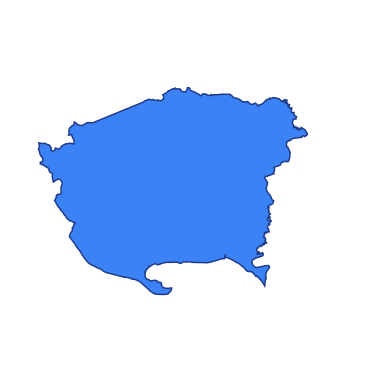 the district of Tubará, Atlántico, Colombia, rotated 242°
{"feature_id": "7082276B89966786375861", "entity_name": "Tubará", "entity_type": "district", "adm_level": 2, "iso_a3": "COL", "parent_name": "Colombia", "parent_adm1": "Atlántico", "projection": "orthographic", "projection_center": [-75.005, 10.899], "detail": "fine", "context": "isolated", "style": "filled", "palette": "blue", "viewbox_px": 384, "rotation_deg": 242, "n_neighbors": 0, "source": "geoboundaries", "source_scale": "gbopen_adm2", "svg_char_len": 6042}
<svg xmlns="http://www.w3.org/2000/svg" viewBox="0 0 384 384"><g transform="rotate(242 192 192)"><path d="M269.1,254.6L268.9,252.8L270.2,251.2L271.9,250.4L272.4,249.0L273.0,248.7L273.5,247.9L273.5,246.7L272.8,245.6L272.9,244.7L275.5,243.7L276.9,242.4L278.8,241.4L281.9,238.6L282.7,238.3L284.2,238.7L285.3,238.4L286.3,236.9L284.0,234.8L283.6,233.1L285.5,230.1L288.4,230.0L289.1,229.2L288.4,229.7L288.1,229.3L289.8,228.0L290.8,225.7L291.5,226.0L291.8,225.4L291.6,224.5L292.1,223.3L292.3,221.9L292.0,219.8L292.5,218.7L291.4,215.9L291.8,214.1L291.4,212.9L291.5,211.8L291.0,212.0L288.5,211.4L287.5,209.8L287.2,207.4L287.3,206.8L289.2,205.3L289.7,203.1L292.0,201.0L292.4,199.2L293.9,197.9L294.1,197.3L294.6,193.3L294.3,190.8L299.7,136.8L302.4,132.4L302.3,125.9L304.9,122.9L309.0,121.1L306.6,118.6L306.7,116.6L305.9,114.1L304.5,112.5L301.4,110.9L300.2,109.7L299.1,112.6L296.8,112.1L293.3,112.1L292.2,111.7L289.8,110.1L291.2,108.8L292.5,106.7L293.8,102.6L293.8,98.8L292.3,95.4L292.6,94.3L294.9,92.0L293.9,91.2L293.4,90.3L293.3,89.0L293.7,88.0L294.3,87.1L297.3,88.4L300.2,88.2L301.9,86.5L303.8,85.2L305.1,82.6L307.3,79.8L303.8,78.7L302.5,77.1L301.5,76.5L298.9,76.3L298.1,75.8L297.1,75.6L294.3,75.6L292.3,76.2L291.2,75.8L289.1,74.4L289.0,73.4L289.5,72.1L287.9,71.2L286.7,72.6L280.2,76.5L278.0,75.9L276.7,75.8L275.5,76.2L274.1,77.4L273.5,77.4L271.2,75.8L265.9,74.3L266.4,78.9L265.6,80.9L264.9,81.5L263.9,81.7L260.9,81.8L259.2,80.3L258.1,78.9L252.7,75.9L251.7,75.0L252.9,72.4L252.8,70.9L252.3,70.3L251.5,70.2L248.9,66.7L244.0,67.0L242.9,66.6L238.5,67.9L238.3,67.4L234.3,68.5L231.5,68.5L230.1,69.1L228.8,69.0L226.5,69.5L224.1,70.4L222.3,72.3L219.4,73.8L219.0,74.9L218.9,73.0L218.1,71.8L217.4,71.5L216.7,69.8L216.2,69.2L214.9,68.9L214.1,68.1L212.9,65.6L210.2,62.8L201.1,64.2L197.3,64.4L192.0,65.4L187.0,65.6L183.4,66.1L178.1,67.2L175.7,68.4L171.4,71.7L169.2,73.0L167.2,75.0L163.2,76.9L161.2,78.4L148.5,92.3L146.1,95.9L143.0,98.4L141.7,100.5L139.9,101.9L137.0,104.0L125.7,108.2L124.7,108.3L120.1,110.7L118.1,113.1L114.8,118.9L113.3,122.7L114.6,127.0L115.7,128.3L116.9,128.9L117.9,126.1L119.7,123.0L122.2,121.3L123.7,121.1L125.5,122.2L126.8,122.0L128.5,119.5L129.5,119.5L130.4,119.1L130.8,118.2L131.5,117.9L133.0,113.5L133.8,112.9L134.9,112.8L136.0,111.3L137.5,110.8L139.7,111.0L142.7,112.8L143.5,112.7L143.2,113.3L144.6,115.0L145.1,115.1L144.9,115.8L145.8,118.3L146.7,118.7L145.9,119.1L146.3,122.2L146.3,124.7L145.6,126.2L143.7,127.6L142.9,133.1L141.8,136.6L136.8,146.2L134.7,147.7L134.2,149.4L134.3,151.8L132.9,153.8L132.1,156.2L129.3,160.0L122.2,172.6L120.3,180.2L119.1,187.1L117.9,189.0L120.9,191.9L120.0,191.5L120.2,192.0L119.2,191.0L119.8,191.2L119.1,190.4L118.5,190.3L117.5,192.1L116.4,193.3L112.1,196.4L109.5,197.7L107.1,199.7L100.4,202.5L97.2,203.1L96.1,203.6L94.7,205.3L94.5,206.3L94.1,206.5L94.2,206.9L93.1,207.3L93.0,207.8L91.8,207.8L91.5,208.1L87.5,208.8L87.1,209.3L87.4,209.9L81.9,211.4L81.8,211.7L75.0,212.1L79.3,215.0L80.6,216.6L81.1,217.0L81.4,216.6L84.9,218.7L87.3,221.2L88.4,224.2L89.4,225.4L91.3,225.0L92.7,221.3L94.6,214.3L96.2,212.4L97.9,211.6L100.1,211.5L102.0,212.0L103.3,213.0L103.7,215.0L103.7,217.4L102.5,224.1L102.7,225.0L103.2,225.3L103.5,225.0L104.3,225.9L105.2,225.9L105.3,223.3L106.5,220.3L107.2,220.8L106.9,223.2L107.5,223.1L108.8,221.8L110.5,221.8L111.7,222.5L111.9,223.2L111.5,224.0L112.6,225.6L112.3,226.6L111.5,227.3L112.2,227.9L111.8,229.3L113.2,230.0L113.1,230.8L111.9,230.6L111.7,230.9L112.5,232.1L111.9,233.3L112.1,234.0L112.9,234.0L113.1,233.6L112.9,233.0L113.4,232.8L114.8,233.7L115.3,234.6L116.1,234.9L116.7,234.9L118.2,234.1L118.3,234.9L118.9,234.5L119.5,234.7L120.9,236.8L121.6,236.7L122.2,237.1L120.8,238.8L120.9,239.2L121.5,239.2L121.6,239.7L120.7,241.5L122.0,241.5L123.2,242.3L124.5,241.9L125.7,241.9L126.4,243.0L126.8,245.3L127.0,245.5L127.9,244.9L128.9,247.9L129.5,248.4L130.9,247.9L130.6,246.1L131.3,245.5L132.4,245.8L132.9,246.6L132.9,247.8L132.4,248.7L133.6,249.1L134.2,248.6L134.2,247.7L135.3,248.9L135.6,250.3L136.1,250.9L137.0,249.9L137.5,249.8L138.6,251.0L141.6,251.4L141.7,252.7L143.0,252.6L143.0,252.2L143.4,252.0L143.7,253.1L143.8,257.8L145.9,260.0L147.4,259.1L152.8,259.5L154.9,258.7L158.9,258.6L161.5,260.1L163.5,262.2L165.1,263.2L170.0,262.7L171.5,263.9L171.3,264.6L170.6,265.3L170.6,267.1L169.6,273.0L171.1,273.1L171.9,274.7L172.5,275.2L174.2,275.9L175.4,275.8L174.3,281.8L174.5,282.8L175.7,284.1L176.0,285.4L175.2,288.9L173.7,290.9L174.1,292.0L176.1,294.1L180.8,297.2L186.8,297.6L187.5,296.7L189.6,297.7L192.0,299.6L191.8,300.8L192.1,301.8L191.4,302.2L191.9,305.1L191.8,306.5L188.8,314.9L189.5,316.0L189.4,316.8L187.9,317.6L188.3,318.3L188.2,320.1L188.8,320.9L189.4,321.2L194.0,321.0L195.4,320.1L195.7,319.5L197.7,318.9L197.8,318.6L196.9,318.0L197.4,317.4L197.3,317.0L196.3,316.7L196.5,315.5L197.1,315.2L198.1,315.8L199.3,315.7L199.2,314.4L198.5,314.5L198.4,314.0L199.1,313.9L201.0,314.3L200.9,313.1L201.2,312.1L202.9,313.1L203.6,313.1L204.6,312.6L205.7,313.2L206.6,313.3L208.4,315.6L208.3,316.7L207.7,318.0L208.4,318.4L208.9,319.5L209.9,319.5L211.6,318.3L213.7,318.7L214.3,319.3L214.8,317.7L216.5,317.4L217.3,318.3L218.4,318.7L219.3,319.6L219.6,319.3L219.1,319.1L219.6,317.6L222.0,317.8L222.6,317.4L222.2,317.1L222.5,316.8L223.1,317.3L222.9,318.0L222.4,318.2L223.4,319.1L223.7,318.8L223.6,317.5L224.7,317.9L225.7,317.6L226.2,316.4L226.8,316.7L227.2,316.6L227.3,317.0L226.5,317.6L226.8,318.0L227.5,318.2L228.2,318.9L228.7,318.9L229.2,318.0L229.3,316.5L230.0,317.1L230.2,316.9L229.6,315.6L228.7,316.1L228.8,314.8L230.0,314.4L230.0,313.7L233.5,312.6L234.1,311.6L235.7,310.3L236.0,309.4L236.5,309.2L237.5,307.2L237.2,305.5L237.6,305.0L238.5,304.6L237.9,304.0L238.4,302.0L238.1,301.2L238.4,300.6L237.8,300.5L237.9,298.8L236.8,296.2L237.0,295.0L236.7,294.0L237.3,292.6L236.8,291.2L237.3,290.8L238.5,290.6L240.7,289.7L240.9,287.3L241.6,285.3L242.2,284.8L243.1,284.7L243.5,284.2L245.7,283.7L246.4,281.5L248.1,279.0L251.7,277.2L254.1,275.3L254.5,274.1L255.4,273.4L260.4,271.5L264.4,264.1L264.8,262.7L267.7,256.7L268.2,254.4L269.1,254.6Z" fill="#3b82f6" stroke="#1e3a8a" stroke-width="1.5"/></g></svg>